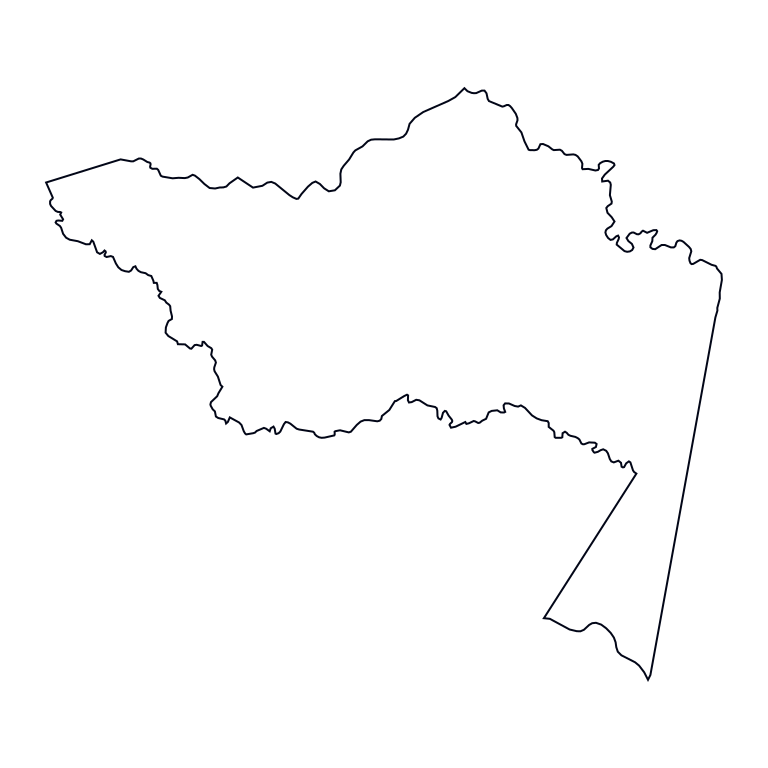 the Commissiary of Amazonas
{"feature_id": "COL-1283", "entity_name": "Amazonas", "entity_type": "Commissiary", "adm_level": 1, "iso_a3": "COL", "parent_name": "Colombia", "parent_adm1": "", "projection": "mercator", "projection_center": [-71.672, -2.052], "detail": "fine", "context": "isolated", "style": "outline", "palette": "ink", "viewbox_px": 768, "rotation_deg": 0, "n_neighbors": 0, "source": "natural_earth", "source_scale": "10m", "svg_char_len": 6087}
<svg xmlns="http://www.w3.org/2000/svg" viewBox="0 0 768 768"><path d="M721.5,273.9L721.9,279.9L719.7,292.4L719.8,298.6L717.3,307.9L717.4,310.6L715.4,317.4L650.4,675.0L648.0,679.8L644.2,672.3L639.1,665.6L635.1,662.3L621.4,655.3L617.8,651.7L616.3,647.2L615.6,642.3L613.9,637.6L610.7,632.9L606.2,628.3L601.2,624.6L596.0,622.8L592.2,623.2L589.2,624.9L583.9,629.8L580.4,631.3L576.8,631.2L569.6,629.5L549.8,618.8L543.9,618.2L636.4,473.6L634.1,472.0L633.0,470.4L630.4,462.4L628.9,461.4L626.2,463.3L624.1,467.1L622.9,467.4L621.6,466.7L621.0,462.8L618.4,460.7L613.8,462.4L611.3,461.4L609.8,459.0L607.9,453.3L606.2,450.8L603.2,449.3L600.6,450.2L597.9,451.8L594.6,452.7L593.9,452.3L592.4,450.1L592.3,448.9L595.9,447.0L596.6,444.0L594.9,442.7L589.1,442.4L584.4,444.2L583.0,444.3L581.4,443.5L579.4,439.5L577.7,438.1L575.3,436.9L570.5,435.8L568.4,434.8L566.7,432.8L565.0,431.7L562.6,433.2L562.3,437.3L561.2,437.8L555.6,437.8L554.7,437.1L554.3,432.2L553.5,430.7L548.7,426.9L548.7,423.0L547.7,421.2L541.6,420.2L536.7,418.4L532.0,415.4L525.0,407.9L520.9,405.4L518.1,406.6L514.7,406.0L509.0,403.5L505.1,403.4L503.6,405.3L503.9,408.4L505.2,411.9L504.0,412.5L500.7,412.4L497.3,410.3L491.7,410.9L488.7,412.4L486.1,418.8L482.2,420.7L479.7,422.7L478.2,423.0L475.2,421.4L473.7,421.0L468.9,423.3L466.4,423.9L465.3,422.0L455.6,426.7L451.0,427.7L449.5,424.9L450.1,423.8L451.9,422.2L452.3,421.0L451.8,419.6L448.6,415.6L446.2,411.3L444.8,410.9L443.0,412.8L441.6,417.9L440.6,419.5L438.4,418.4L437.5,416.3L437.3,410.7L436.7,408.2L435.1,407.0L427.4,405.4L419.4,400.3L416.2,399.8L411.7,402.1L409.0,402.5L407.9,400.2L408.1,395.4L407.0,394.7L404.1,396.1L396.2,401.0L394.9,401.1L389.3,410.0L381.9,416.0L381.3,419.0L379.7,420.7L377.3,421.3L368.8,420.1L364.4,420.1L360.6,421.6L356.8,424.9L350.9,431.7L348.8,432.4L340.1,430.3L338.8,430.5L335.3,431.2L334.6,431.7L334.7,434.5L334.3,435.4L324.6,437.6L321.6,437.8L319.1,437.3L316.7,436.0L314.9,434.3L314.2,432.7L313.0,431.7L299.1,429.5L296.6,428.7L290.4,423.7L288.0,422.4L285.6,422.0L283.9,424.2L280.3,431.6L278.6,433.2L276.3,434.0L275.5,433.6L274.7,428.7L273.5,426.6L270.7,428.3L269.7,431.3L266.1,428.7L263.9,427.9L256.6,431.0L255.0,432.6L253.2,433.2L246.2,434.4L245.1,433.5L243.8,431.3L241.5,425.0L239.1,422.5L229.8,417.4L227.9,421.9L226.1,423.5L225.3,420.6L224.1,419.4L218.2,418.0L215.9,416.5L214.9,411.4L212.7,409.3L210.7,405.7L210.4,404.4L211.0,402.1L217.2,396.2L218.4,393.3L222.4,386.7L220.6,385.0L217.9,376.6L214.6,371.3L214.1,369.2L214.3,367.3L215.9,362.6L215.2,360.4L212.0,356.6L211.2,354.7L212.2,349.7L211.3,348.2L207.6,346.0L204.0,341.9L202.6,341.9L202.1,345.5L201.2,346.0L196.7,344.8L194.6,345.1L191.4,348.7L190.0,348.5L185.1,344.4L177.9,344.2L177.1,341.4L168.3,336.0L165.6,332.7L165.9,327.4L167.5,323.0L168.6,320.9L171.9,319.0L172.0,316.4L170.6,310.7L170.2,306.2L169.1,304.7L166.3,302.6L164.8,300.3L159.8,297.9L158.5,295.8L161.3,291.8L159.2,290.9L157.8,288.9L157.4,285.0L156.7,282.9L153.8,282.9L153.4,280.8L151.3,276.0L148.2,275.1L145.6,273.2L140.9,272.2L138.4,270.8L136.5,268.7L135.4,266.3L133.3,267.1L131.1,270.5L128.9,271.8L125.1,271.2L121.5,270.0L118.3,267.3L115.9,263.5L113.0,256.9L110.8,256.1L106.6,257.0L104.7,256.0L104.5,254.9L105.8,252.5L105.6,251.4L104.5,250.5L102.9,252.3L99.9,253.9L97.1,252.3L93.3,241.7L91.8,240.3L89.7,244.2L86.0,244.3L77.8,241.2L69.7,239.7L66.1,237.7L63.1,233.8L61.1,227.7L59.8,225.9L56.4,223.6L55.6,222.4L56.5,220.8L58.2,220.5L62.3,220.8L63.1,219.3L60.2,214.6L61.2,212.5L60.2,212.0L57.8,211.9L55.6,210.9L51.0,205.9L50.1,203.9L50.1,201.3L50.8,200.1L52.5,198.6L52.8,197.7L46.1,182.5L120.6,159.4L130.9,161.3L133.3,161.3L138.9,158.5L140.9,158.5L143.3,159.5L147.3,162.0L149.6,162.6L150.4,163.3L150.6,164.2L150.1,166.7L150.3,167.7L152.3,168.8L156.8,168.7L158.2,169.9L160.8,175.7L162.5,176.6L172.6,178.3L178.6,177.8L184.8,178.1L187.8,177.5L192.6,174.8L194.9,175.6L199.4,179.1L204.4,184.0L209.6,188.0L215.1,188.5L219.7,187.5L223.3,187.4L226.4,186.5L229.5,183.3L237.8,177.5L253.0,187.6L262.4,185.8L267.3,182.6L271.3,181.9L275.2,183.5L289.4,195.1L292.8,197.3L296.4,198.9L298.3,198.6L301.5,194.0L308.0,186.6L312.3,182.9L315.6,181.5L319.9,184.0L324.1,188.3L328.8,191.3L334.9,190.3L339.9,185.6L340.7,182.3L340.4,173.7L341.3,169.4L343.7,165.8L349.1,159.5L353.4,152.5L355.3,150.4L362.5,146.4L367.7,141.3L371.1,139.7L375.2,139.3L393.7,139.5L398.9,138.4L403.3,136.6L406.1,133.7L408.0,129.7L409.6,123.8L414.8,117.8L423.3,112.0L448.3,101.0L455.3,97.1L464.4,88.2L467.5,91.2L471.7,92.9L473.9,93.2L476.2,93.1L481.8,90.6L484.5,90.6L486.5,93.3L487.7,98.9L489.0,101.1L502.3,106.6L503.8,106.3L506.7,105.0L508.4,105.0L510.1,106.1L511.8,108.0L515.8,113.8L517.4,118.0L517.5,120.3L516.1,124.3L516.2,125.9L521.4,132.4L524.5,141.4L528.6,149.7L529.8,150.1L534.6,150.2L536.8,149.8L538.4,148.6L540.4,144.2L543.0,144.0L548.4,146.3L552.3,149.4L553.8,150.1L559.9,149.7L561.9,150.8L564.5,154.1L566.5,154.9L573.3,154.4L575.5,154.9L577.7,156.4L581.4,161.3L582.4,163.8L582.0,168.0L582.6,169.2L588.4,168.9L595.4,170.5L598.0,170.0L599.0,168.5L598.7,164.9L600.1,163.2L602.8,161.7L605.3,161.0L607.9,161.0L610.9,161.8L614.0,163.5L614.5,165.1L613.3,166.7L604.8,174.6L602.0,178.5L602.2,181.5L608.0,180.7L610.2,182.5L610.8,184.8L609.9,195.2L611.8,201.6L611.5,203.6L607.7,206.2L606.3,208.0L607.5,212.8L611.7,217.2L614.5,221.5L611.5,226.1L607.4,228.6L605.9,230.3L605.4,232.5L606.2,235.1L608.1,238.0L610.5,239.9L612.9,239.4L616.3,236.3L618.1,235.6L619.0,237.4L618.6,239.2L616.9,242.8L616.7,244.6L624.5,251.1L627.1,251.8L629.9,251.4L632.2,250.0L633.5,247.5L631.9,243.9L628.4,241.1L626.5,238.0L629.7,233.7L632.0,232.5L633.6,232.5L636.9,234.2L638.6,234.3L640.4,233.3L641.7,231.6L643.0,230.7L647.1,232.8L653.3,230.2L656.4,230.1L657.2,231.2L656.6,232.9L655.5,234.7L652.5,237.7L652.3,241.2L650.4,245.4L650.4,247.3L652.5,248.9L655.2,249.2L661.6,245.0L664.9,245.0L670.9,247.4L673.8,247.4L675.3,246.2L676.4,242.6L677.5,241.1L679.6,240.4L681.6,240.8L683.5,241.9L689.0,246.9L690.7,249.0L691.3,251.3L689.2,258.1L689.5,260.7L690.5,263.2L691.6,264.1L693.2,263.9L700.2,259.8L702.2,260.1L711.6,264.8L715.6,265.9L716.4,266.8L717.0,268.5L721.5,273.9Z" fill="none" stroke="#020617" stroke-width="2"/></svg>